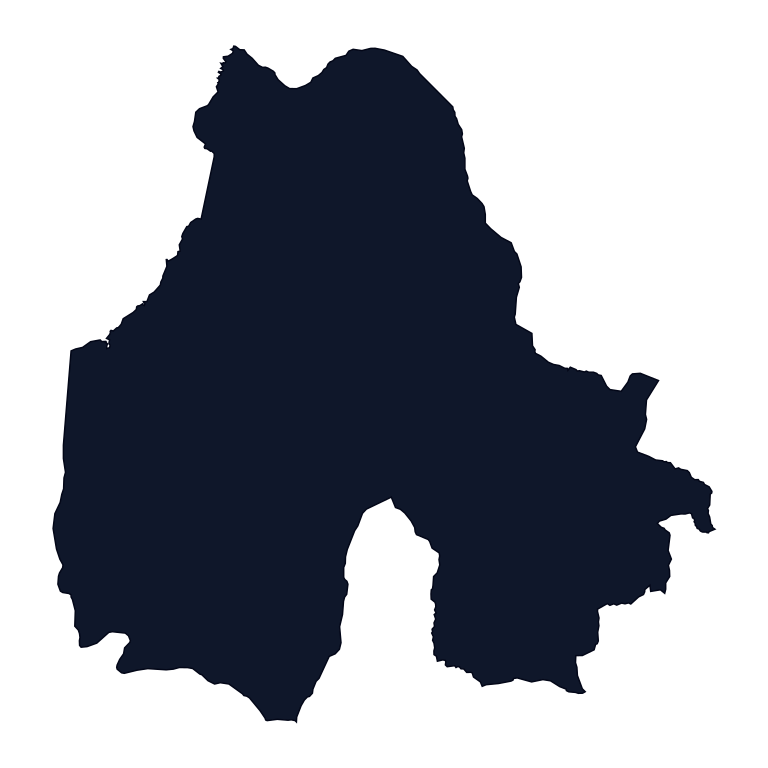 Tumbaya, Jujuy, Argentina
{"feature_id": "61730980B96811087093060", "entity_name": "Tumbaya", "entity_type": "district", "adm_level": 2, "iso_a3": "ARG", "parent_name": "Argentina", "parent_adm1": "Jujuy", "projection": "mercator", "projection_center": [-65.57, -23.715], "detail": "fine", "context": "isolated", "style": "filled", "palette": "ink", "viewbox_px": 768, "rotation_deg": 0, "n_neighbors": 0, "source": "geoboundaries", "source_scale": "gbopen_adm2", "svg_char_len": 6024}
<svg xmlns="http://www.w3.org/2000/svg" viewBox="0 0 768 768"><path d="M305.4,85.5L296.7,88.7L289.6,88.6L284.9,85.8L278.1,79.7L274.9,74.5L274.9,73.0L273.4,71.3L268.0,68.1L265.4,67.2L262.6,67.4L258.4,65.3L252.2,58.3L247.0,54.1L244.2,49.9L239.8,49.7L235.5,46.4L233.8,46.1L232.9,48.6L230.9,49.4L233.3,50.9L232.6,53.3L228.1,56.2L223.4,56.8L223.3,58.3L225.9,61.8L224.9,63.0L223.2,62.7L222.9,63.8L220.9,63.3L222.9,66.7L220.7,68.4L223.0,69.6L223.4,70.9L220.8,72.1L218.9,71.4L218.4,72.3L221.0,74.0L220.7,75.3L218.9,76.4L218.7,77.8L217.5,78.1L219.3,79.6L218.7,82.4L217.8,82.7L218.3,83.9L216.4,86.7L218.1,91.9L213.2,96.8L208.5,104.7L207.1,105.8L199.5,108.7L195.8,112.2L194.5,121.4L193.0,126.6L194.0,130.9L197.1,137.4L205.5,143.9L204.2,147.1L204.8,148.4L207.2,148.8L210.5,151.2L211.6,151.0L214.2,153.5L214.2,156.8L201.1,219.1L197.7,218.4L195.8,219.0L190.7,222.5L188.6,226.3L186.8,226.6L182.9,233.4L181.8,236.5L182.5,239.0L179.3,244.8L180.2,251.1L178.0,251.6L177.6,255.2L176.7,256.1L171.6,259.3L168.2,261.2L167.0,259.5L166.3,259.6L166.9,266.3L162.9,276.0L162.8,278.2L160.9,281.9L160.3,285.1L154.1,292.1L149.5,294.9L146.9,301.6L143.5,301.6L145.0,303.8L144.2,305.6L143.1,305.0L142.8,303.7L139.9,305.6L137.6,306.0L136.7,306.8L136.3,309.5L133.1,312.5L123.2,318.7L121.2,324.3L118.3,327.6L116.7,327.9L113.3,331.0L111.0,330.4L110.2,331.3L110.4,332.8L109.6,334.6L106.5,338.4L109.6,339.8L109.0,342.7L110.1,345.7L109.5,347.7L106.8,348.6L106.7,345.7L107.8,344.0L105.5,342.7L106.3,342.1L105.8,341.4L101.7,341.6L100.3,340.0L99.3,340.1L90.6,341.7L82.6,347.4L75.6,349.0L71.1,350.9L63.4,445.2L63.4,458.5L65.5,472.3L64.0,477.9L63.6,488.9L61.8,494.3L60.2,502.4L54.9,513.6L53.1,528.5L56.5,549.0L59.9,559.2L63.0,564.8L62.7,567.6L59.5,573.0L58.5,576.2L57.9,584.2L60.4,591.1L62.7,592.5L69.0,593.5L71.1,594.9L71.1,597.0L72.4,599.4L75.3,610.7L74.8,626.2L78.3,630.0L79.5,633.5L80.0,637.5L79.4,640.7L79.6,645.4L81.1,647.2L87.1,646.6L96.8,643.1L108.8,632.4L112.4,631.7L125.3,633.1L128.5,635.8L130.4,640.6L129.8,642.5L124.6,647.9L123.6,653.8L119.7,659.4L117.1,665.1L116.7,667.4L117.2,669.2L121.6,672.8L124.3,673.3L137.0,670.2L147.8,668.6L166.2,669.8L173.4,669.1L179.3,667.5L187.7,667.6L192.7,668.5L199.9,674.1L201.8,674.7L208.0,680.7L214.6,684.0L220.3,682.7L228.9,684.0L242.5,693.8L243.8,695.5L246.9,696.2L249.5,697.9L260.0,710.6L265.0,718.0L265.7,720.0L267.1,720.6L277.3,719.3L288.1,720.2L291.3,719.8L295.1,720.6L296.4,721.9L296.7,717.0L301.1,705.7L304.3,700.1L307.4,696.9L309.5,696.4L312.4,693.2L312.9,689.2L316.1,681.3L319.0,678.4L329.2,656.4L335.2,653.8L339.4,649.3L341.0,642.7L339.6,626.7L342.5,614.5L343.5,601.3L344.6,597.1L346.7,594.3L347.9,584.2L346.9,581.3L344.8,579.5L343.7,577.4L343.7,567.4L345.3,563.4L345.5,556.8L347.3,549.4L354.7,530.6L357.8,525.9L362.5,513.3L366.4,509.1L391.3,497.1L395.5,507.5L400.4,509.3L404.8,513.0L411.1,520.9L414.7,527.5L415.2,531.8L416.5,534.6L428.2,539.5L429.7,541.5L432.1,548.1L439.2,552.9L439.7,556.0L439.0,559.6L439.8,564.9L437.2,572.9L433.6,576.5L433.0,585.5L432.5,588.8L431.3,589.8L431.0,594.0L431.2,599.2L434.9,602.1L435.6,604.0L435.8,606.8L434.6,609.9L436.1,613.1L434.2,614.5L435.7,619.1L434.0,622.9L434.5,626.5L432.1,629.2L432.6,631.8L431.7,633.0L433.4,636.8L432.6,640.3L434.0,643.2L434.7,647.9L433.9,650.9L434.0,654.6L436.4,656.2L437.4,661.2L442.8,659.9L445.3,660.4L445.8,661.9L445.4,664.9L447.2,666.7L454.7,665.7L456.0,667.5L457.3,666.7L459.3,666.7L461.0,668.8L463.7,668.9L466.7,672.4L471.0,672.3L472.2,672.9L473.5,677.0L480.4,681.9L482.2,686.3L486.1,684.7L498.5,683.5L511.0,681.1L513.0,680.1L513.5,678.5L517.2,677.9L531.6,681.9L542.9,679.6L550.5,680.8L559.7,686.6L566.1,689.1L566.4,690.6L568.8,691.8L575.5,692.4L578.3,693.3L582.6,693.2L585.2,691.7L582.3,688.8L577.4,675.5L576.9,667.3L575.5,662.7L575.8,655.6L582.4,655.5L594.1,649.8L595.6,644.4L597.2,643.7L598.3,640.9L597.7,632.2L598.9,625.7L598.4,621.9L599.0,618.0L597.5,611.5L597.6,609.1L607.3,603.6L609.9,605.3L613.8,603.8L616.7,605.1L621.6,603.1L625.0,603.8L628.5,602.9L630.8,604.0L638.6,596.9L643.5,594.5L644.7,591.8L644.8,589.6L649.9,585.2L650.7,591.4L660.4,589.8L664.7,593.3L665.7,589.2L665.7,582.9L669.7,576.5L669.5,570.5L668.4,565.3L671.4,559.1L668.1,550.5L670.0,535.3L669.2,532.8L665.2,530.0L664.1,528.3L661.3,527.3L657.3,523.5L659.4,521.1L666.0,519.1L670.9,515.4L681.0,513.9L685.2,514.0L689.4,512.9L691.5,513.7L692.6,517.9L693.9,518.3L694.7,520.6L694.1,521.8L695.0,522.8L695.4,525.5L696.5,526.3L697.2,528.4L699.0,529.0L700.4,531.0L702.4,532.0L706.8,532.1L707.0,532.7L708.5,532.8L709.1,531.6L714.9,529.2L712.5,527.5L712.2,525.5L710.8,524.0L709.6,516.9L708.1,513.5L708.4,510.4L707.5,508.6L709.7,505.0L710.2,494.2L711.7,493.0L711.9,491.4L709.1,486.8L704.5,484.5L703.4,482.4L699.4,481.3L698.3,479.6L694.7,479.7L691.3,477.3L689.3,472.6L687.3,470.6L680.7,469.3L678.6,467.9L675.1,468.9L670.4,462.7L667.4,462.6L666.5,461.6L663.9,461.8L662.7,460.8L655.7,460.0L648.8,456.4L637.5,452.1L635.4,446.8L644.7,428.9L646.6,419.4L645.4,414.5L646.5,399.9L658.5,380.6L640.3,373.3L632.4,373.9L630.2,376.0L627.9,382.1L621.2,391.3L610.0,389.6L606.6,386.2L601.2,375.5L598.2,374.9L596.7,373.4L593.4,372.2L588.7,372.2L586.3,371.1L584.4,372.0L579.4,370.7L577.4,371.1L576.0,369.6L570.3,367.2L567.9,370.3L567.5,368.4L564.8,368.3L559.2,365.5L553.6,364.5L548.3,362.2L541.0,356.2L535.4,353.3L534.8,351.4L535.1,349.7L532.5,345.8L531.9,333.4L515.9,324.4L514.3,317.1L515.2,314.2L516.4,297.2L519.3,287.3L518.3,283.5L519.9,281.8L521.5,277.4L521.1,266.8L516.9,254.0L514.4,251.5L511.2,242.8L501.0,237.4L490.8,228.8L485.3,223.1L485.3,214.4L484.0,206.7L482.1,203.6L477.3,198.5L472.2,194.9L470.6,191.4L467.2,180.9L467.9,178.2L467.5,176.1L464.9,169.2L464.9,158.2L463.7,152.8L464.3,148.3L461.6,136.8L462.4,133.9L461.7,129.7L458.2,124.3L456.6,118.7L455.0,116.2L454.8,112.3L453.2,109.7L452.8,106.9L419.6,73.6L417.1,70.0L411.7,66.4L402.8,56.4L384.5,50.1L375.1,48.3L370.6,48.4L361.9,50.6L353.1,49.3L348.8,51.2L346.0,55.4L335.3,58.3L332.9,60.8L330.0,62.0L328.0,64.1L326.6,67.6L323.8,69.5L322.0,72.5L318.3,75.6L312.9,78.0L310.8,82.3L305.4,85.5Z" fill="#0f172a" stroke="#020617" stroke-width="1.5"/></svg>